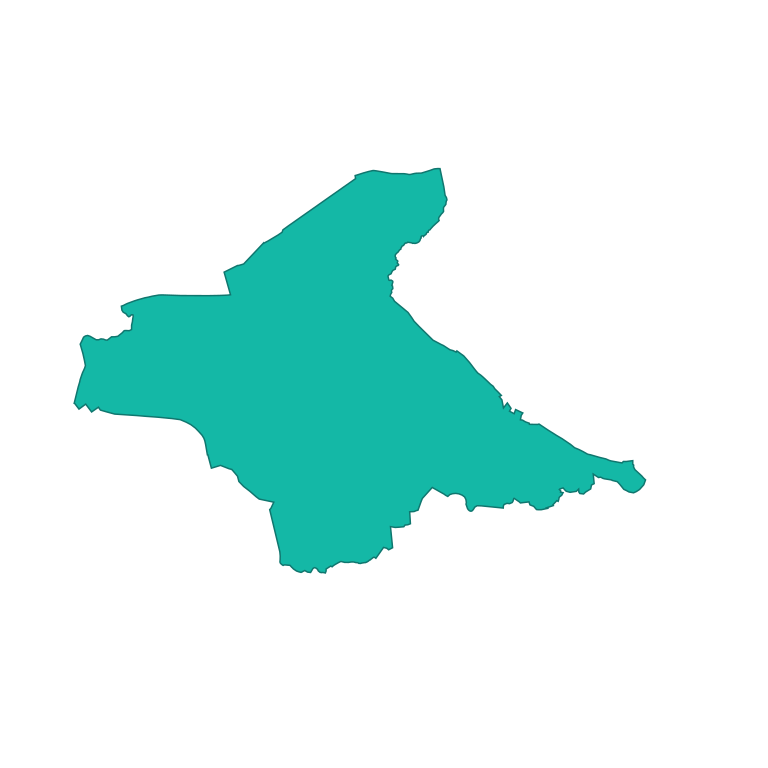 Santa Isabel Cholula, Puebla, Mexico (orthographic projection), rotated 307°
{"feature_id": "50627088B13237114427386", "entity_name": "Santa Isabel Cholula", "entity_type": "district", "adm_level": 2, "iso_a3": "MEX", "parent_name": "Mexico", "parent_adm1": "Puebla", "projection": "orthographic", "projection_center": [-98.379, 18.968], "detail": "fine", "context": "isolated", "style": "filled", "palette": "teal", "viewbox_px": 768, "rotation_deg": 307, "n_neighbors": 0, "source": "geoboundaries", "source_scale": "gbopen_adm2", "svg_char_len": 6159}
<svg xmlns="http://www.w3.org/2000/svg" viewBox="0 0 768 768"><g transform="rotate(307 384 384)"><path d="M446.3,210.5L443.9,211.3L439.2,209.7L428.4,205.3L424.4,203.4L423.7,203.1L423.9,202.9L395.4,199.7L395.0,199.4L392.1,197.3L390.7,196.1L390.5,195.7L377.1,189.0L362.9,207.7L361.4,206.2L360.0,204.6L355.5,199.1L348.7,190.4L332.5,168.7L321.9,153.6L319.7,150.8L314.7,146.1L311.4,143.4L309.0,141.2L302.8,136.5L300.1,134.6L293.9,130.6L292.0,129.6L289.9,128.6L288.1,127.4L285.2,130.3L284.4,132.5L284.8,135.7L284.1,138.1L284.1,139.7L285.0,140.3L286.3,140.4L287.5,140.8L288.1,141.9L287.1,143.0L285.0,144.0L282.3,145.6L279.1,147.0L275.6,149.6L273.3,148.5L272.0,146.6L270.8,144.9L269.8,144.3L267.7,144.2L261.9,142.7L259.6,140.5L257.7,138.0L252.5,136.6L251.6,135.2L251.0,133.0L249.7,130.8L247.5,129.4L246.1,127.5L245.2,120.5L244.4,118.1L242.6,116.6L240.6,115.9L235.9,116.9L233.0,117.4L227.3,125.0L222.8,130.3L219.0,134.5L216.7,135.3L214.7,135.8L211.8,136.4L209.2,137.2L204.7,138.7L202.6,139.7L197.5,141.6L182.1,148.2L182.3,148.8L180.4,155.5L188.4,157.9L185.7,167.3L193.6,169.9L192.5,173.2L194.7,179.0L197.9,187.0L210.0,205.5L214.9,213.3L221.3,223.2L228.6,235.1L232.9,242.7L234.5,249.1L235.3,254.2L235.3,259.9L234.6,264.4L233.6,269.5L232.3,272.8L230.7,275.2L228.2,278.1L221.1,285.6L221.4,286.0L212.9,296.8L220.6,302.4L223.2,311.7L223.6,312.3L223.9,313.6L224.2,313.8L222.2,322.5L218.8,326.8L217.7,333.6L217.6,341.4L217.0,349.8L217.0,353.6L223.3,367.1L216.6,368.5L214.9,368.3L187.3,401.8L184.2,404.6L181.0,406.9L179.4,407.9L178.7,408.7L178.4,409.8L178.3,411.5L178.4,412.6L179.7,413.4L182.6,418.1L182.1,420.6L182.1,421.4L181.9,422.2L181.8,423.2L181.9,425.1L182.0,426.7L182.7,428.9L183.6,431.1L184.8,431.8L185.7,432.1L186.5,432.6L187.4,433.0L187.6,435.1L187.8,436.2L189.3,438.8L193.9,438.3L195.4,438.9L196.0,440.1L196.0,442.5L195.2,443.9L195.1,446.2L195.6,447.4L196.6,448.5L197.3,449.8L197.8,450.9L199.8,450.3L201.4,449.1L206.5,451.0L206.8,452.6L208.5,452.9L210.2,453.5L213.9,455.1L215.9,456.1L216.3,456.5L216.8,457.3L217.0,458.0L217.4,458.6L217.6,459.5L218.2,460.4L219.1,461.6L220.1,463.0L221.6,464.4L222.5,465.4L223.6,466.9L224.4,468.9L225.5,470.6L225.6,471.9L226.7,473.4L227.5,473.9L228.4,474.8L228.7,474.9L229.1,475.5L229.8,476.1L230.2,476.7L230.9,477.1L232.0,477.7L232.6,477.9L233.4,478.2L234.7,478.4L235.4,479.0L236.1,479.0L236.8,479.2L237.3,479.4L238.0,479.5L238.7,479.7L239.3,480.0L239.7,480.4L239.9,480.9L239.9,482.4L253.2,482.0L254.5,485.1L254.4,487.5L258.4,489.4L274.0,475.0L276.2,479.3L278.9,482.4L281.9,485.7L284.0,485.7L286.0,487.8L288.3,489.2L297.4,481.4L299.9,484.4L300.8,485.2L301.6,485.5L303.7,487.1L312.3,484.4L314.9,483.7L315.8,483.5L330.4,484.8L332.2,498.3L332.2,500.0L332.4,501.5L332.6,502.6L335.3,503.1L337.6,504.7L339.8,507.1L341.4,510.0L342.3,513.4L342.3,516.4L341.0,519.0L338.8,521.2L337.4,521.8L334.7,525.8L334.3,527.2L334.2,528.6L334.6,529.8L335.4,530.6L337.3,530.9L340.3,530.6L342.8,531.6L345.2,535.0L356.7,553.9L358.3,552.8L360.0,552.4L362.7,554.0L364.0,556.3L366.5,557.7L367.9,557.6L370.5,556.6L371.0,556.7L371.3,563.0L371.1,564.5L375.9,569.5L377.1,570.7L375.3,573.3L376.4,577.2L375.5,581.3L376.2,582.5L378.3,585.3L383.9,590.2L381.9,587.6L388.8,592.4L389.1,591.6L394.8,592.2L395.1,593.7L396.9,593.1L398.7,592.2L399.8,592.2L402.0,592.9L405.0,592.4L403.8,590.1L404.9,589.6L405.3,587.5L406.2,587.7L408.8,589.6L408.2,592.3L408.0,594.1L409.5,597.8L414.0,602.2L417.2,602.7L415.0,604.6L414.4,606.3L416.3,609.6L418.9,610.0L424.6,612.2L428.2,610.5L430.9,611.8L438.0,605.3L438.4,611.6L440.0,613.1L440.4,615.7L441.0,617.2L444.3,623.4L444.3,624.2L446.4,629.1L445.8,632.6L444.2,638.9L444.8,641.7L445.2,644.6L447.3,648.8L450.0,650.3L453.6,651.6L458.3,652.0L459.9,652.1L464.8,650.6L465.1,647.9L465.7,645.1L466.6,636.0L467.9,633.3L469.5,632.2L469.6,631.0L472.5,628.8L467.9,624.1L466.2,621.8L464.2,621.6L459.1,611.4L458.5,609.7L457.7,606.3L455.1,600.3L451.8,591.7L450.5,588.9L449.8,583.6L449.0,579.2L447.8,574.6L448.0,569.8L447.5,559.1L446.8,553.1L445.9,542.5L445.3,531.9L444.2,531.1L439.3,524.4L440.1,523.6L438.9,519.8L438.5,516.3L437.5,514.5L441.5,512.5L444.4,512.3L442.8,504.5L438.6,505.8L437.8,500.6L441.0,500.1L443.1,493.9L436.8,493.8L442.3,487.7L443.3,483.7L445.5,484.6L446.1,480.8L446.9,475.2L447.9,472.6L447.9,469.3L448.5,464.5L449.1,459.1L449.3,456.0L449.2,452.3L449.9,449.2L450.6,446.6L452.6,439.5L454.4,430.9L454.3,422.3L452.9,422.4L452.2,419.0L451.0,416.0L450.5,408.4L449.9,405.6L448.5,396.8L451.1,377.1L452.2,370.3L453.6,366.5L455.6,360.1L456.4,342.6L457.8,339.3L457.8,336.1L459.7,335.3L461.8,335.1L462.8,333.9L463.7,333.5L464.7,333.5L465.2,333.7L465.3,333.7L465.8,333.4L466.2,333.0L467.4,331.8L467.4,331.0L468.2,330.7L469.4,330.2L470.4,329.9L471.2,329.3L471.4,328.9L471.2,327.0L470.6,326.6L470.0,325.9L470.0,325.1L470.5,324.7L471.4,323.6L472.6,322.2L474.1,322.2L476.3,323.3L478.9,322.7L480.4,322.8L482.4,323.9L482.5,323.9L483.5,323.4L484.5,322.9L485.8,323.0L487.0,323.9L487.9,324.0L488.1,323.9L488.4,322.8L488.6,321.7L490.4,321.1L490.6,320.7L490.6,319.1L490.8,318.0L491.9,317.8L492.1,317.1L492.7,316.0L494.1,315.3L496.0,315.4L498.2,315.9L499.8,315.7L500.9,315.8L501.6,316.3L503.0,315.7L503.8,315.7L504.8,315.4L506.0,316.0L506.7,316.2L508.4,316.1L509.4,316.2L510.3,317.3L511.5,317.6L513.3,321.0L513.6,322.3L514.4,323.1L514.8,324.0L515.5,324.7L516.8,325.6L518.4,326.3L520.1,326.4L520.9,326.1L522.2,325.7L523.1,325.8L523.4,325.2L524.4,324.9L525.3,325.3L525.9,326.2L525.6,326.8L526.5,326.8L528.8,327.5L529.8,327.2L530.9,327.1L531.7,327.9L532.0,327.7L533.3,327.3L533.9,327.3L534.6,327.8L534.8,327.9L536.1,327.9L539.5,328.2L543.0,328.8L547.0,329.6L547.8,329.6L548.5,328.4L550.0,327.6L551.1,327.6L554.2,327.5L556.3,327.8L557.7,327.7L559.5,326.2L560.9,325.3L564.7,325.3L566.3,324.3L567.5,323.7L568.9,323.5L570.3,321.9L570.8,320.9L571.4,319.3L577.5,313.1L589.7,299.1L588.5,297.4L586.7,295.4L585.8,294.5L582.1,292.1L574.9,286.9L571.8,283.0L570.3,281.5L567.5,279.2L566.9,278.6L566.3,277.8L565.4,275.9L564.0,273.4L561.1,269.5L557.2,264.3L556.3,262.9L552.8,255.8L549.8,250.0L548.4,247.5L547.7,246.6L544.4,243.8L541.4,241.5L540.1,240.5L534.4,236.5L533.1,235.5L530.9,237.7L452.5,212.4L446.3,210.5Z" fill="#14b8a6" stroke="#0f766e" stroke-width="1.5"/></g></svg>